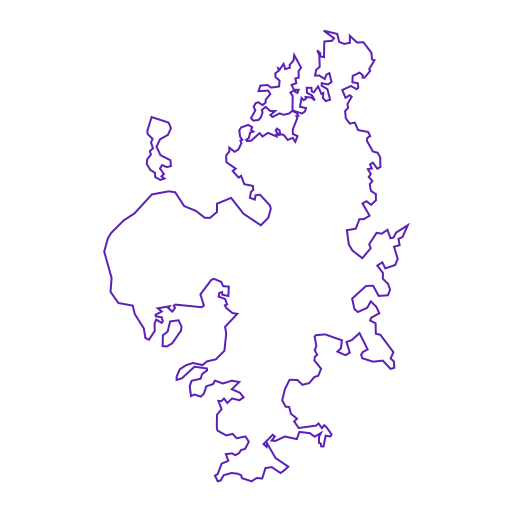 the district of Geoje-si, South Gyeongsang, South Korea
{"feature_id": "91817680B58127051569150", "entity_name": "Geoje-si", "entity_type": "district", "adm_level": 2, "iso_a3": "KOR", "parent_name": "South Korea", "parent_adm1": "South Gyeongsang", "projection": "albers", "projection_center": [128.639, 34.872], "detail": "fine", "context": "isolated", "style": "outline", "palette": "violet", "viewbox_px": 512, "rotation_deg": 0, "n_neighbors": 0, "source": "geoboundaries", "source_scale": "gbopen_adm2", "svg_char_len": 6034}
<svg xmlns="http://www.w3.org/2000/svg" viewBox="0 0 512 512"><path d="M337.2,33.9L323.7,30.7L334.1,38.3L331.9,40.8L324.3,41.5L324.0,57.1L320.4,56.5L320.1,53.0L317.2,50.4L319.3,55.0L319.7,66.8L316.2,69.9L315.0,75.6L319.2,75.5L324.8,79.0L326.4,74.7L329.4,73.1L331.5,82.1L327.9,84.4L321.8,83.2L321.6,85.7L327.4,89.1L330.1,99.7L325.7,101.1L322.9,97.9L323.3,93.0L321.4,93.9L318.1,86.4L313.8,92.3L311.8,91.5L311.4,87.8L306.7,87.8L307.1,92.9L312.1,95.4L314.8,100.4L311.3,97.5L305.6,97.0L306.0,98.7L303.7,100.1L301.5,98.0L300.0,106.8L306.0,108.0L304.8,111.6L301.9,113.5L292.5,110.4L292.7,96.1L290.4,92.6L293.4,90.7L297.4,92.9L298.6,89.8L293.9,89.8L291.6,84.9L296.3,83.2L295.4,78.5L298.8,77.6L298.5,71.2L301.1,67.7L294.2,55.0L293.5,60.6L289.6,65.0L289.8,67.8L285.2,69.1L283.6,63.9L280.0,69.1L278.2,68.2L279.0,70.4L275.3,73.4L275.6,77.2L279.6,80.7L279.0,86.5L271.2,87.6L267.4,85.0L260.2,85.7L258.6,91.2L268.1,90.6L270.3,94.0L265.7,99.8L265.6,102.6L262.5,105.1L258.2,102.2L255.7,103.2L253.6,106.8L255.4,110.3L251.0,118.1L253.2,120.6L258.4,120.0L260.9,117.4L262.6,112.1L261.7,110.1L265.6,106.9L270.3,111.0L275.1,111.1L270.4,115.0L272.5,117.0L279.6,113.4L283.7,114.8L289.1,113.5L292.3,110.9L296.4,112.8L298.4,115.8L296.4,116.2L297.3,118.1L292.7,129.7L292.9,134.0L297.5,136.1L295.3,141.8L292.8,137.9L287.7,139.9L283.7,134.9L280.3,134.2L279.5,130.3L276.9,128.6L275.7,130.6L278.7,134.8L276.4,134.6L276.7,136.5L268.0,132.9L262.5,136.5L259.6,133.1L251.3,140.6L247.3,141.1L246.1,139.8L248.7,138.2L250.2,132.6L253.3,131.6L251.1,130.1L252.2,127.2L248.2,124.9L241.1,127.5L239.3,130.2L240.1,136.7L242.3,139.8L240.4,140.5L241.4,143.1L238.4,149.5L234.6,151.8L229.3,147.6L229.4,151.3L226.2,155.4L226.4,162.2L235.7,168.7L232.7,171.0L238.6,177.6L241.1,175.8L244.3,184.2L252.9,185.9L253.3,189.8L250.9,192.1L249.9,197.8L254.8,199.6L255.5,195.3L260.0,194.7L269.9,205.4L270.8,208.7L268.3,217.8L260.8,225.3L243.5,213.7L231.1,197.9L217.0,203.7L217.0,212.0L210.1,217.8L204.8,217.8L195.9,210.9L184.2,206.1L175.2,192.3L168.9,191.3L151.9,194.4L134.4,213.5L123.8,220.3L111.1,233.0L107.9,238.3L104.2,251.6L111.6,278.1L110.5,291.8L118.4,303.0L132.7,305.6L134.8,314.1L143.8,328.4L145.4,338.0L149.0,339.7L154.8,330.8L154.5,323.7L156.2,319.6L161.7,322.9L162.8,321.4L161.8,317.3L155.7,316.3L155.6,314.7L161.8,311.5L157.8,308.3L169.6,306.3L168.3,308.1L172.4,311.6L175.0,307.9L173.7,305.7L175.4,304.6L201.7,307.2L203.9,305.5L200.4,294.4L211.3,279.9L213.9,278.8L221.2,281.9L223.2,286.2L228.8,286.6L228.4,296.0L222.3,294.7L222.1,292.1L219.3,292.9L218.6,296.6L225.1,299.0L227.1,304.4L224.9,305.3L226.0,307.7L232.5,313.1L237.3,313.8L225.1,326.8L226.2,333.7L224.4,350.8L215.9,359.3L206.9,361.4L202.6,365.1L193.1,363.0L186.2,365.1L179.8,369.3L176.6,376.7L176.6,379.9L181.9,378.3L194.5,366.7L206.9,368.5L207.1,370.4L202.1,374.1L200.6,378.7L191.6,380.8L189.7,386.3L191.0,396.1L194.5,394.5L200.8,396.7L203.8,393.7L206.4,386.3L213.1,384.1L214.9,380.6L222.9,383.5L231.8,380.7L239.2,382.0L231.8,389.3L239.9,392.8L243.6,397.4L239.4,400.2L232.0,398.5L227.3,403.0L224.0,398.5L221.4,401.1L218.4,400.9L221.6,409.1L217.0,414.8L216.8,427.6L217.5,430.6L226.2,435.4L232.7,433.9L236.6,438.2L245.5,436.5L248.8,441.7L245.1,448.9L241.1,450.0L239.0,453.2L235.3,455.2L232.0,453.4L225.9,454.1L228.3,460.8L221.6,463.7L217.7,474.1L215.0,475.6L217.7,481.3L220.7,480.4L223.7,475.2L231.4,473.0L237.7,473.7L241.1,475.2L242.0,478.2L251.6,481.3L256.6,478.0L262.2,478.5L265.5,468.0L271.8,467.2L280.5,473.0L283.7,470.8L288.3,466.7L275.5,458.0L267.0,443.2L266.6,446.9L263.5,444.1L272.7,434.8L274.8,436.5L271.6,440.6L275.5,440.9L284.8,436.5L296.8,439.1L299.4,431.9L310.0,433.2L314.6,436.7L320.9,433.0L319.0,436.7L319.0,442.8L320.9,443.7L321.1,446.3L323.5,446.5L325.7,435.6L330.3,436.5L331.6,434.5L326.3,426.9L324.2,425.2L322.0,428.2L318.5,423.5L316.1,425.6L298.7,428.0L294.2,421.5L297.0,418.7L290.9,413.7L289.2,407.0L285.7,406.7L282.2,400.4L285.0,388.9L289.6,379.8L297.4,380.0L302.4,384.8L309.2,383.1L314.4,377.0L318.3,375.7L321.1,368.7L314.4,360.5L314.8,356.8L317.2,354.8L314.8,350.3L316.3,345.7L314.6,336.4L316.3,335.1L325.2,334.4L341.9,340.3L340.9,348.3L337.4,351.6L345.4,355.2L349.8,352.6L346.5,342.0L351.9,340.0L359.5,333.1L367.6,349.4L362.6,352.2L361.1,354.8L362.4,358.3L373.2,361.7L382.8,360.6L390.6,368.9L394.3,367.8L393.9,361.5L390.6,358.5L393.4,352.2L380.4,334.8L375.8,333.7L375.6,323.3L370.1,320.5L371.2,317.7L379.3,313.3L376.2,306.6L370.8,301.4L367.1,307.9L357.8,312.0L354.5,309.2L352.1,298.6L365.8,286.2L369.3,285.8L373.2,285.8L378.6,295.9L387.9,295.3L390.1,289.6L388.1,284.0L382.9,278.8L382.9,272.9L377.3,265.6L382.3,262.3L385.3,268.4L395.3,264.9L397.7,258.8L394.0,246.7L399.6,245.2L398.5,238.9L402.6,236.9L407.8,225.2L396.1,232.6L393.5,237.6L390.5,238.2L387.4,229.8L381.8,233.7L376.6,232.8L369.2,244.3L370.7,248.2L362.3,258.2L352.5,250.6L348.8,244.5L346.9,230.2L355.8,228.7L359.4,219.2L363.6,219.2L369.6,215.7L362.5,203.5L366.4,201.2L371.1,204.8L375.9,200.3L375.9,194.2L371.1,191.0L370.3,187.9L369.8,184.2L372.4,181.0L368.7,176.9L370.9,174.0L367.8,169.2L371.8,168.5L370.0,164.4L372.9,162.6L377.3,168.7L380.4,167.1L380.2,157.4L377.7,152.8L372.9,151.5L366.9,140.8L367.3,137.9L370.2,136.1L368.0,131.9L358.1,130.1L354.8,122.6L349.8,123.6L345.8,118.3L345.1,111.1L348.1,107.8L347.5,104.0L351.7,96.7L349.8,95.2L345.5,97.8L342.3,90.0L351.0,86.0L356.7,89.2L358.3,87.7L357.8,83.2L352.4,82.3L352.7,75.9L359.6,72.6L362.8,75.3L362.5,77.5L364.5,77.7L370.2,70.9L369.2,69.1L374.5,60.2L372.0,59.4L371.4,52.7L363.4,42.3L357.0,42.5L349.8,35.8L349.9,42.8L344.2,43.9L339.2,41.9L337.2,33.9ZM170.4,160.2L160.5,155.2L156.5,146.8L160.0,139.3L167.9,134.9L170.9,128.4L169.9,125.5L168.4,122.5L151.6,117.1L147.3,130.9L147.7,134.0L152.6,138.9L151.0,142.5L153.0,148.4L149.9,151.0L150.9,154.7L147.3,159.2L146.7,163.8L150.3,169.9L155.0,172.8L155.2,177.1L160.3,179.9L164.5,178.5L161.5,176.3L163.9,174.0L160.0,168.6L162.0,165.1L166.9,167.1L170.9,166.1L170.4,160.2ZM172.1,343.4L180.9,330.9L181.6,326.8L178.6,320.3L170.1,321.4L167.7,331.5L162.9,335.3L162.6,346.1L166.7,346.5L172.1,343.4Z" fill="none" stroke="#5b21b6" stroke-width="2"/></svg>